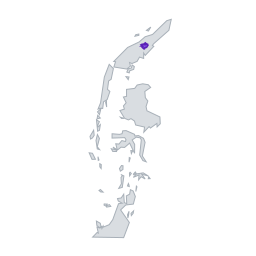 Kampar, Riau, Indonesia shown in context, rotated 93°
{"feature_id": "22746128B8837306932395", "entity_name": "Kampar", "entity_type": "district", "adm_level": 2, "iso_a3": "IDN", "parent_name": "Indonesia", "parent_adm1": "Riau", "projection": "albers", "projection_center": [101.167, 0.32], "detail": "fine", "context": "in_parent", "style": "filled", "palette": "violet", "viewbox_px": 256, "rotation_deg": 93, "n_neighbors": 0, "source": "geoboundaries", "source_scale": "gbopen_adm2", "svg_char_len": 5381}
<svg xmlns="http://www.w3.org/2000/svg" viewBox="0 0 256 256"><g transform="rotate(93 128 128)"><path d="M86.3,107.5L90.6,113.1L96.8,112.3L100.0,109.6L105.6,111.1L109.8,110.0L115.3,96.7L122.1,96.0L125.4,99.0L121.9,99.4L126.9,105.6L125.5,107.0L131.4,112.0L126.2,111.5L124.6,120.5L120.7,121.9L118.5,125.5L119.9,128.0L118.5,131.9L111.0,137.0L109.3,132.6L106.2,133.7L102.9,131.2L97.3,134.2L96.5,131.1L89.5,131.5L88.1,123.4L84.6,121.1L83.1,115.6L83.7,110.1L86.3,107.5ZM17.2,90.5L28.3,92.3L42.5,106.8L44.3,108.0L45.1,106.5L54.6,114.6L52.3,116.3L57.7,116.0L56.6,120.2L61.0,122.4L63.4,127.4L62.5,129.9L66.0,128.8L69.2,132.3L67.8,145.3L62.4,143.9L62.3,145.7L47.6,132.6L41.5,121.4L36.0,115.7L33.3,108.4L18.8,94.9L17.2,90.5ZM237.7,126.6L238.8,157.6L234.0,153.4L234.5,152.1L228.6,153.8L229.4,150.7L227.7,149.1L228.3,148.9L229.2,149.0L229.8,148.8L227.0,147.7L228.2,147.3L225.5,141.7L220.3,138.4L204.1,133.5L203.4,129.8L201.4,133.9L199.0,134.8L198.2,131.1L194.3,128.8L202.7,127.8L203.6,125.3L195.9,126.1L194.0,122.9L189.5,122.4L190.6,119.6L196.0,117.1L203.7,118.7L205.0,126.2L210.2,131.1L222.3,121.7L237.7,126.6ZM159.8,111.4L154.4,114.9L139.1,114.1L137.2,115.3L136.7,119.3L139.7,123.2L144.0,120.5L152.9,120.1L143.0,125.6L147.6,130.4L147.5,133.9L150.6,137.5L144.4,139.4L144.5,136.2L140.9,133.5L141.6,129.8L139.7,129.4L137.8,130.8L138.9,143.4L134.6,143.6L134.8,136.1L134.0,133.6L131.1,133.1L130.7,129.8L134.0,121.1L135.6,120.8L135.0,117.1L137.5,112.0L141.4,110.2L155.2,112.2L160.8,108.1L159.8,111.4ZM69.4,145.7L80.3,147.4L82.0,149.8L90.5,150.5L92.5,148.0L100.7,150.3L103.1,153.8L109.8,154.3L109.8,157.2L110.7,158.9L104.3,156.7L78.4,154.3L65.4,150.1L69.4,145.7ZM173.5,111.8L178.0,108.2L176.0,112.3L179.2,114.7L174.3,114.5L177.0,120.1L173.4,117.1L172.0,110.5L174.8,105.3L173.5,111.8ZM176.1,129.6L187.6,130.6L188.8,134.1L184.1,131.7L177.7,132.4L175.8,131.0L174.8,132.7L176.1,129.6ZM150.5,157.6L142.1,159.3L136.1,158.2L139.9,156.0L148.3,157.7L151.1,155.2L150.5,157.6ZM126.1,155.8L131.8,156.4L132.8,158.2L121.5,159.9L123.2,156.9L127.2,158.5L128.4,157.9L126.1,155.8ZM160.9,158.9L161.2,162.3L154.8,165.5L155.1,162.2L160.9,158.9ZM69.2,125.4L70.7,129.2L72.9,129.7L72.2,132.1L69.0,130.9L67.9,127.8L64.8,127.2L66.3,124.9L69.2,125.4ZM226.9,154.0L222.6,154.7L224.6,150.7L227.9,149.8L229.0,151.2L226.9,154.0ZM137.1,161.4L139.8,163.0L141.0,164.8L138.4,165.5L132.0,162.2L137.1,161.4ZM169.7,130.9L171.5,133.4L168.9,134.4L165.8,132.5L166.0,131.0L169.7,130.9ZM110.1,156.1L116.2,157.2L113.5,159.3L110.1,156.1ZM119.5,156.2L120.5,159.4L116.9,158.9L119.5,156.2ZM79.7,130.3L76.8,132.7L77.0,129.7L79.7,130.3ZM207.2,141.1L208.1,145.2L206.7,145.4L205.5,142.5L207.2,141.1ZM108.2,150.4L103.6,151.7L101.6,151.0L108.2,150.4ZM152.1,138.2L152.2,142.0L149.6,143.6L150.5,138.6L152.1,138.2ZM26.0,110.5L30.1,112.7L29.5,114.7L26.0,110.5ZM36.0,125.9L34.4,125.1L33.6,122.1L34.9,122.0L36.0,125.9ZM191.9,153.7L190.9,152.3L193.3,149.5L193.3,151.9L191.9,153.7ZM186.2,116.0L191.0,116.9L185.6,116.6L186.2,116.0ZM157.8,124.2L162.1,125.2L157.4,125.2L157.8,124.2ZM150.1,140.1L147.8,142.0L149.8,138.6L150.1,140.1ZM210.5,118.1L213.0,118.4L215.3,120.1L213.1,120.5L210.5,118.1ZM169.9,152.7L168.3,154.1L165.1,154.3L165.9,152.8L169.9,152.7ZM207.2,145.9L206.2,147.9L205.1,147.8L205.1,144.8L207.2,145.9ZM175.8,123.9L172.9,124.2L172.1,123.6L173.3,122.3L175.8,123.9ZM211.1,122.6L214.6,122.8L217.9,123.4L214.7,123.9L211.1,122.6ZM150.4,122.1L153.4,123.3L150.4,124.0L150.4,122.1ZM177.6,105.1L175.6,104.8L177.4,103.3L177.6,105.1ZM158.2,156.5L161.5,155.3L161.9,156.0L158.2,156.5ZM186.4,123.7L185.9,125.5L183.4,124.7L184.7,124.1L186.4,123.7ZM118.8,135.0L117.6,136.2L118.6,132.5L118.8,135.0ZM172.8,117.5L174.4,119.8L173.8,120.2L171.5,118.4L172.8,117.5Z" fill="#d9dde1" stroke="#a8b0b8" stroke-width="1"/><path d="M43.6,113.2L43.6,113.3L43.4,113.4L43.4,113.5L43.1,113.4L43.0,113.5L43.3,113.6L43.2,113.8L42.9,114.0L43.0,114.2L43.0,114.3L43.2,114.5L43.3,114.5L43.5,114.7L43.6,114.8L43.8,114.8L44.0,114.9L44.0,115.0L44.1,115.3L44.1,115.5L43.9,115.7L43.7,115.6L43.8,115.6L43.7,115.6L43.4,115.5L43.3,115.4L43.1,115.1L42.9,115.0L42.9,114.9L42.7,114.9L42.6,115.0L42.4,115.2L42.3,115.3L42.2,115.3L42.3,115.5L42.3,115.4L42.3,115.5L42.5,115.7L42.6,115.8L42.7,116.0L42.8,116.1L43.0,116.3L43.2,116.5L43.3,116.5L43.3,116.4L43.4,116.2L43.5,116.2L43.5,116.3L43.6,116.2L43.7,116.3L43.7,116.2L43.8,116.2L44.0,116.2L44.0,116.3L44.1,116.5L43.9,116.8L43.7,116.9L43.8,116.9L43.8,117.0L44.0,117.1L44.1,117.3L44.0,117.5L43.9,117.6L43.8,117.4L43.7,117.5L43.6,117.8L43.7,118.0L43.7,118.4L43.8,118.4L43.8,118.5L44.0,118.8L44.1,119.0L44.3,119.0L44.4,118.9L44.4,119.0L44.5,118.9L44.8,118.9L44.9,119.0L45.0,119.1L45.3,119.2L45.4,119.3L45.4,119.2L45.5,119.0L45.5,118.9L45.6,118.7L45.7,118.4L45.8,118.3L45.8,118.2L45.8,117.9L45.9,117.7L46.0,117.7L46.1,117.4L46.2,117.5L46.3,117.5L46.3,117.8L46.5,117.9L46.6,118.0L46.7,117.9L46.8,117.8L47.0,118.0L47.2,117.9L47.3,117.9L47.3,118.0L47.3,117.9L47.3,117.7L47.4,117.4L47.4,117.2L47.5,117.2L47.6,116.9L47.6,116.7L47.7,116.4L47.6,116.2L48.1,116.1L48.0,115.9L48.1,115.7L47.9,115.5L47.7,115.4L47.6,115.2L47.6,115.3L47.4,115.3L47.3,115.2L47.2,115.2L47.1,115.3L46.9,115.4L46.7,115.3L46.6,115.1L46.6,114.8L46.6,114.7L46.4,114.5L46.4,114.4L46.5,114.4L46.6,114.2L46.4,114.1L46.4,113.9L46.4,113.6L46.1,113.4L44.4,112.4L43.7,113.2L43.7,113.3L43.6,113.2ZM43.6,113.2L43.8,113.2L43.7,113.2L43.6,113.2Z" fill="#8b5cf6" stroke="#5b21b6" stroke-width="1.5"/></g></svg>